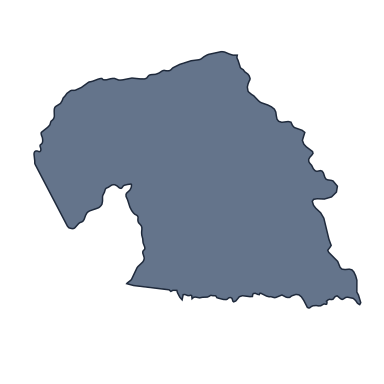 SVG path tracing the border of Concepción, rotated 172°
{"feature_id": "PRY-603", "entity_name": "Concepción", "entity_type": "Department", "adm_level": 1, "iso_a3": "PRY", "parent_name": "Paraguay", "parent_adm1": "", "projection": "robinson", "projection_center": [-57.042, -22.793], "detail": "fine", "context": "isolated", "style": "filled", "palette": "slate", "viewbox_px": 384, "rotation_deg": 172, "n_neighbors": 0, "source": "natural_earth", "source_scale": "10m", "svg_char_len": 4892}
<svg xmlns="http://www.w3.org/2000/svg" viewBox="0 0 384 384"><g transform="rotate(172 192 192)"><path d="M41.7,57.1L43.6,58.8L45.1,61.8L47.1,64.2L52.6,66.2L54.4,66.2L57.2,64.9L58.3,64.7L59.7,65.6L62.1,68.3L62.8,69.0L64.8,68.5L67.4,66.1L69.1,66.1L70.8,66.6L72.1,66.3L74.0,65.2L73.7,64.9L73.7,63.9L74.0,62.8L74.3,62.2L74.9,62.1L76.5,62.7L77.2,62.7L80.4,61.4L82.6,61.6L84.8,62.3L88.1,62.5L89.9,61.9L91.2,61.1L92.3,60.8L93.8,61.6L96.4,69.1L98.3,73.0L100.5,75.3L103.3,76.1L107.2,75.4L108.7,74.8L109.3,74.3L110.2,74.0L112.2,74.3L113.5,74.8L117.3,77.5L123.7,75.9L125.1,75.9L128.5,77.4L130.2,77.5L132.6,78.5L138.0,82.2L139.0,82.2L139.6,81.0L141.0,81.4L143.5,82.9L145.4,82.9L146.2,81.9L146.5,80.7L146.7,80.1L149.2,80.3L156.5,82.3L159.7,81.7L163.8,78.0L166.0,77.4L166.7,78.1L167.2,81.1L168.4,82.1L169.9,82.2L171.0,81.7L171.9,81.0L173.1,80.7L175.8,81.2L180.7,83.2L182.2,84.0L182.3,84.4L182.5,85.2L183.3,86.0L186.2,86.5L187.1,86.9L188.1,87.0L189.3,86.4L191.3,85.8L196.5,86.3L199.2,86.1L203.2,87.5L205.0,87.5L206.8,86.3L206.7,89.3L207.5,90.0L208.9,89.8L210.4,89.9L213.3,91.5L215.0,91.6L216.8,86.6L218.7,89.5L220.4,94.3L220.7,96.7L224.6,97.3L226.8,96.5L228.2,98.3L262.8,107.5L269.4,110.3L268.8,110.9L265.0,113.1L264.1,113.8L257.0,124.6L255.9,125.7L250.6,129.5L249.7,130.5L249.1,131.5L248.6,132.6L248.5,134.0L249.2,138.1L249.1,139.5L248.5,140.6L246.9,141.8L246.5,142.8L246.5,144.1L247.4,148.0L247.5,149.1L247.3,152.6L247.7,156.2L247.6,158.4L247.3,160.1L246.9,161.6L246.6,163.7L246.9,165.5L247.7,166.9L249.2,169.0L249.5,170.4L249.5,171.8L248.9,174.6L249.3,175.9L250.1,176.8L251.0,177.4L251.9,178.1L252.9,179.4L254.3,181.9L255.6,185.6L256.9,193.3L257.9,196.7L257.7,198.7L257.0,199.9L253.3,202.5L252.3,203.8L251.4,205.3L250.9,207.6L251.1,208.2L251.7,208.4L252.7,208.4L254.9,208.4L257.9,208.1L258.8,207.8L259.5,207.3L260.8,205.9L261.6,205.5L262.6,205.7L263.7,206.5L265.1,208.2L266.2,209.1L267.2,209.8L268.2,210.1L269.2,210.2L270.2,210.1L271.1,209.8L274.2,208.3L276.1,207.8L276.9,207.4L277.5,206.7L278.8,203.9L280.5,201.5L281.0,200.6L281.3,199.5L281.8,195.8L282.1,194.7L282.7,193.0L282.8,192.6L283.0,192.3L284.0,191.2L285.4,190.1L286.3,189.6L287.1,189.3L295.7,187.6L296.6,187.3L298.2,186.5L298.9,185.9L299.5,185.2L300.6,183.7L302.5,180.1L303.1,179.3L303.7,178.6L304.4,178.1L305.3,177.7L307.2,177.3L308.0,176.9L308.8,176.4L312.9,172.9L313.7,172.5L314.6,172.3L315.4,172.3L316.4,172.6L318.8,173.6L319.6,174.7L320.2,175.7L343.5,241.2L343.7,242.4L343.4,244.5L343.2,251.2L343.0,252.3L342.6,253.2L342.0,253.9L341.2,254.3L340.3,254.3L339.4,254.1L337.8,253.2L337.0,253.2L336.4,253.6L335.9,254.4L335.7,255.4L335.8,256.6L336.1,258.6L335.9,259.5L335.3,260.0L334.5,260.4L333.8,261.0L333.3,261.7L332.9,262.7L332.7,263.7L332.6,265.0L332.6,266.6L333.2,269.3L333.3,270.8L333.0,271.9L332.3,272.4L326.0,276.1L324.6,277.2L323.9,277.8L323.3,278.4L322.9,279.3L322.1,281.1L321.6,281.8L320.1,282.7L319.4,283.3L318.8,284.0L318.3,284.8L317.9,285.7L317.7,286.8L317.2,291.4L316.8,293.3L316.6,293.8L316.3,294.4L316.0,294.9L315.2,295.6L309.9,298.0L307.8,300.6L306.5,303.0L304.3,304.8L302.1,307.1L298.2,309.2L297.0,309.4L296.0,309.3L295.0,309.1L293.5,309.0L287.0,310.9L279.7,314.8L278.6,315.3L277.0,315.3L274.6,315.6L269.4,316.8L267.0,317.1L265.5,317.0L264.4,315.6L263.0,315.2L261.0,315.0L256.8,315.5L254.6,315.5L253.0,315.3L249.1,313.1L247.5,312.8L245.1,312.7L235.6,313.2L227.4,311.2L223.4,310.6L222.0,310.8L220.9,311.2L219.5,312.6L218.5,313.4L217.4,313.8L216.0,313.9L211.9,313.6L210.2,313.9L207.9,314.5L204.8,316.0L203.5,316.3L202.5,316.3L201.2,315.8L199.9,315.5L198.3,315.3L197.1,315.4L196.1,315.8L195.4,316.3L194.7,316.9L193.5,317.7L186.3,320.1L174.6,322.1L167.0,322.0L165.3,322.2L164.1,322.7L161.3,324.3L158.0,325.6L156.3,326.0L155.0,326.1L154.6,326.1L143.8,326.9L142.7,326.8L140.9,326.3L140.1,326.0L135.9,323.5L135.1,323.1L134.3,322.7L132.3,321.8L128.1,321.2L128.8,319.3L128.7,317.9L128.1,316.0L127.1,310.3L126.9,308.8L126.4,307.8L124.2,305.9L123.1,303.8L120.2,300.9L119.2,299.0L118.7,296.3L119.1,295.0L120.0,293.8L121.4,291.3L122.2,289.3L122.6,288.2L122.5,284.1L121.9,283.0L119.2,280.1L117.5,278.7L113.5,273.1L112.1,271.6L111.0,270.8L104.8,267.6L101.5,265.3L98.9,262.6L97.9,259.5L97.9,255.5L97.7,252.3L96.4,250.0L93.4,248.5L86.9,248.4L84.3,247.4L83.2,243.8L81.7,241.6L74.4,237.8L72.0,235.3L75.5,227.8L74.6,223.8L72.5,220.8L67.0,215.3L66.8,213.4L68.4,211.7L70.5,210.0L71.9,208.1L72.1,205.9L71.4,204.1L69.8,201.7L68.7,198.3L68.2,197.4L67.0,195.8L65.5,195.1L61.7,195.3L60.2,194.5L59.2,192.5L58.4,188.0L57.5,186.1L56.1,185.2L52.4,184.1L50.8,183.3L47.2,177.5L49.0,171.8L54.5,167.7L61.9,166.6L69.0,167.9L72.6,167.8L74.2,166.0L73.5,161.9L71.7,158.7L67.5,153.5L65.1,147.7L63.0,126.3L62.1,121.9L61.6,119.8L62.7,118.4L65.7,115.4L65.0,113.2L57.4,103.0L55.8,96.7L54.2,94.7L51.2,93.9L47.0,93.7L44.5,92.7L42.9,90.4L41.6,86.2L41.0,81.7L42.7,69.9L41.5,66.8L40.3,58.9L41.6,57.1L41.7,57.1Z" fill="#64748b" stroke="#1e293b" stroke-width="1.5"/></g></svg>